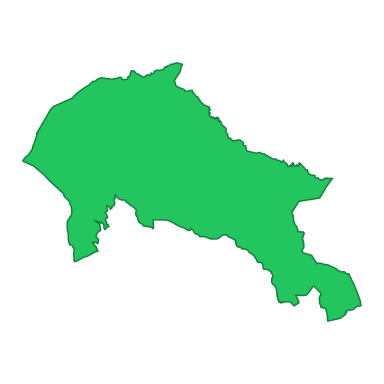 the district of La Perla, Veracruz, Mexico
{"feature_id": "50627088B27528347221252", "entity_name": "La Perla", "entity_type": "district", "adm_level": 2, "iso_a3": "MEX", "parent_name": "Mexico", "parent_adm1": "Veracruz", "projection": "albers", "projection_center": [-97.171, 18.982], "detail": "fine", "context": "isolated", "style": "filled", "palette": "green", "viewbox_px": 384, "rotation_deg": 0, "n_neighbors": 0, "source": "geoboundaries", "source_scale": "gbopen_adm2", "svg_char_len": 5963}
<svg xmlns="http://www.w3.org/2000/svg" viewBox="0 0 384 384"><path d="M74.5,261.6L76.6,261.1L84.3,256.9L87.3,256.3L95.3,251.9L97.9,251.2L95.9,246.4L94.9,245.7L94.3,244.3L92.6,242.5L94.7,242.2L96.1,242.5L97.4,243.6L98.0,243.4L98.5,239.3L96.2,237.1L96.1,236.0L96.7,234.1L99.0,230.9L100.4,230.7L100.4,227.4L99.7,225.8L99.6,224.4L95.4,220.7L96.8,221.0L100.0,222.5L100.8,223.3L101.5,222.3L103.2,223.5L103.9,225.7L104.0,228.3L104.7,229.4L105.4,229.3L107.2,227.1L108.9,226.5L108.0,224.4L106.5,224.8L106.7,222.2L105.3,220.5L105.6,219.2L107.6,217.4L107.1,215.9L105.1,212.4L107.6,210.8L106.6,205.9L107.2,205.6L108.9,206.9L110.1,208.3L110.2,209.2L112.1,207.8L112.1,206.0L114.0,205.7L114.8,203.1L113.8,200.2L114.0,199.4L115.2,198.4L114.6,196.2L115.2,194.8L117.6,197.8L119.1,198.9L120.5,199.6L123.7,200.2L124.6,200.0L125.3,200.4L126.0,201.9L127.8,203.0L130.8,205.6L132.3,206.3L134.5,207.9L136.3,210.2L135.7,213.6L136.2,215.7L137.3,216.8L137.4,217.6L138.1,218.7L137.9,219.5L138.1,220.5L138.9,222.1L142.6,224.6L143.5,226.0L145.0,226.0L146.3,226.5L149.4,226.5L150.0,227.1L150.7,227.0L151.9,227.6L152.9,228.6L153.6,227.5L153.1,219.8L165.3,220.0L168.2,220.5L173.5,222.9L175.2,224.1L180.3,226.7L183.9,227.8L187.8,230.4L189.2,230.5L190.5,229.8L190.5,228.3L193.1,230.3L193.9,232.1L195.5,233.9L197.9,234.2L199.5,236.4L200.8,236.8L203.0,236.5L205.5,236.9L207.8,237.8L208.1,238.2L211.7,239.0L217.1,238.9L219.0,238.1L222.8,234.8L223.9,235.0L226.8,234.8L227.9,236.4L229.2,237.3L231.1,237.8L235.7,240.4L235.4,241.3L236.2,245.0L237.7,246.8L240.5,247.4L242.4,249.1L244.0,248.9L245.7,249.2L247.9,250.5L249.7,252.9L251.8,253.9L254.1,255.9L256.8,260.2L257.4,262.0L258.8,262.5L259.6,262.3L260.9,262.6L261.8,263.0L262.8,264.7L263.2,268.0L263.7,269.1L264.7,269.4L265.4,269.2L268.3,269.7L269.3,270.8L270.7,271.4L271.4,273.1L272.8,275.2L272.6,277.4L271.8,278.3L271.6,282.0L272.9,284.5L273.9,284.8L274.8,285.9L276.3,289.0L277.3,294.7L276.9,294.8L278.3,300.6L278.8,300.5L279.2,302.2L281.4,301.9L280.9,302.8L286.7,301.7L289.8,302.0L290.9,302.4L294.1,305.9L298.9,302.8L298.5,300.5L295.8,295.3L303.7,295.5L306.2,295.1L307.8,293.7L311.9,288.1L312.6,286.7L314.0,286.2L320.6,292.9L320.7,295.1L319.2,297.9L319.8,302.4L319.6,303.2L320.0,304.3L320.8,305.1L320.8,307.1L324.9,308.2L325.9,309.4L327.4,315.3L327.5,319.3L327.9,321.1L339.9,318.4L345.7,314.3L345.2,313.1L346.5,312.3L346.1,311.1L349.9,310.0L353.0,309.7L357.8,305.8L359.9,306.2L361.0,305.4L360.1,300.5L357.4,292.9L354.0,284.7L348.8,273.9L346.6,273.9L344.1,271.7L341.1,272.0L338.2,270.5L335.8,268.6L328.2,265.0L324.2,264.4L320.7,263.3L318.5,263.1L316.9,263.6L311.6,255.3L303.5,253.0L302.7,252.2L302.3,251.6L302.2,249.9L303.7,247.9L303.9,245.3L303.4,241.0L302.4,238.6L304.3,233.2L303.4,232.7L303.2,231.9L301.5,232.0L298.2,231.6L296.7,226.4L295.1,225.0L294.6,224.0L294.4,222.3L293.5,220.9L293.6,219.1L293.0,214.8L292.6,214.6L291.7,212.8L298.9,201.3L319.7,198.0L326.8,186.1L332.4,178.5L329.9,178.3L327.8,178.8L327.0,178.1L326.4,178.0L325.9,178.5L325.6,178.3L323.6,179.0L323.3,180.0L322.0,180.1L321.4,179.6L320.8,180.0L319.8,179.8L317.8,177.8L316.4,178.4L315.1,177.5L314.7,176.0L314.9,175.5L310.9,174.9L309.2,174.2L307.9,172.1L307.5,169.9L306.2,170.2L305.5,169.9L304.0,167.3L301.9,165.6L299.9,163.1L299.1,163.2L298.6,163.7L299.3,164.7L298.4,166.1L297.6,165.8L296.9,164.8L296.4,165.1L295.7,166.2L295.2,166.3L294.4,165.7L293.2,163.0L292.5,162.8L292.1,163.5L292.4,165.2L291.7,166.6L291.1,166.3L290.9,165.3L290.4,165.0L289.5,166.2L288.6,166.6L287.6,166.3L287.4,164.4L284.8,162.4L283.8,161.4L283.5,160.3L281.5,162.3L280.9,162.2L279.9,160.6L277.0,160.2L276.0,159.0L272.9,159.0L267.5,155.8L266.7,156.0L266.0,154.8L265.4,154.8L264.2,153.9L262.4,153.9L259.7,152.3L256.2,153.3L251.4,152.0L250.0,151.9L248.5,151.2L247.3,151.4L246.5,150.3L245.6,145.8L243.3,145.3L243.0,144.9L243.5,142.9L240.5,140.4L239.9,140.0L238.3,139.8L237.8,140.4L236.7,140.2L233.2,140.9L232.2,140.1L231.0,139.7L230.8,138.4L229.2,138.3L227.8,136.6L227.5,135.8L227.9,134.3L226.3,132.9L226.0,130.9L226.2,129.0L225.7,128.1L222.5,125.3L220.6,122.7L221.1,121.9L220.1,121.0L219.7,121.3L219.2,120.1L219.1,120.6L218.4,121.0L218.5,117.8L217.1,117.5L217.6,118.3L216.7,118.2L216.5,118.5L215.2,117.9L215.0,118.8L214.6,119.0L213.2,117.2L212.8,117.7L211.7,117.5L211.9,117.0L210.3,116.5L209.2,115.6L209.8,114.6L209.3,114.1L210.2,113.2L208.8,112.5L209.1,110.9L210.2,109.9L209.3,109.6L209.6,108.6L209.1,108.4L209.6,107.2L204.3,105.2L200.3,101.6L200.1,100.5L198.3,98.3L198.0,97.3L195.6,96.0L194.0,93.4L193.0,93.0L192.3,90.4L189.4,90.5L188.5,91.2L185.1,91.2L184.2,89.5L178.3,87.3L175.8,85.6L175.2,82.3L174.1,80.9L177.2,76.2L177.7,75.0L178.9,74.0L180.1,71.8L180.3,70.5L181.0,69.0L180.9,67.2L182.0,65.6L182.4,64.4L181.4,63.9L179.9,63.9L178.0,62.9L174.3,63.4L173.4,64.3L171.0,64.1L170.1,65.0L167.4,66.1L166.8,66.8L165.5,66.8L164.5,67.5L164.1,68.9L161.9,70.1L160.5,70.0L159.3,70.6L157.5,70.1L155.9,70.4L154.0,71.8L153.8,73.1L152.8,73.8L151.8,73.8L151.4,73.2L150.9,73.3L150.6,73.6L150.2,75.3L148.0,74.9L146.9,75.0L144.0,77.3L143.3,77.2L140.3,75.3L139.3,75.1L138.1,73.9L136.9,73.9L135.7,73.0L134.2,71.1L132.1,70.7L130.9,71.1L130.8,72.6L130.2,73.7L130.1,75.4L129.7,76.0L128.1,76.8L127.7,77.8L127.7,78.8L126.8,79.4L125.0,79.4L124.1,79.8L122.2,79.6L121.8,78.0L121.3,77.6L119.9,77.3L117.8,77.8L116.2,78.7L114.5,78.5L112.2,79.4L110.1,79.1L109.1,78.5L106.7,78.9L106.1,78.5L101.2,77.7L99.2,78.7L98.4,78.6L94.6,81.5L92.8,81.3L89.1,85.0L85.0,87.4L79.1,91.6L74.9,95.2L71.9,98.3L53.7,106.4L50.8,109.1L37.2,132.6L36.5,133.2L36.9,134.6L35.7,139.1L34.9,140.6L34.2,143.2L32.9,146.0L32.8,147.7L32.3,149.1L28.4,155.1L26.1,156.5L23.8,159.2L23.0,160.4L23.0,161.2L33.6,166.0L43.9,174.7L49.5,180.8L63.7,193.9L63.8,195.3L64.9,197.1L68.1,200.2L68.9,200.4L69.6,203.2L71.3,206.8L71.9,211.5L71.7,213.6L70.7,216.5L69.6,217.4L69.2,218.8L67.3,221.3L67.2,228.6L67.9,231.4L68.3,235.0L68.3,239.7L68.9,242.5L70.0,245.0L71.7,245.3L72.4,245.9L74.2,249.4L73.6,254.7L74.2,258.2L73.9,260.2L74.5,261.6Z" fill="#22c55e" stroke="#15803d" stroke-width="1.5"/></svg>